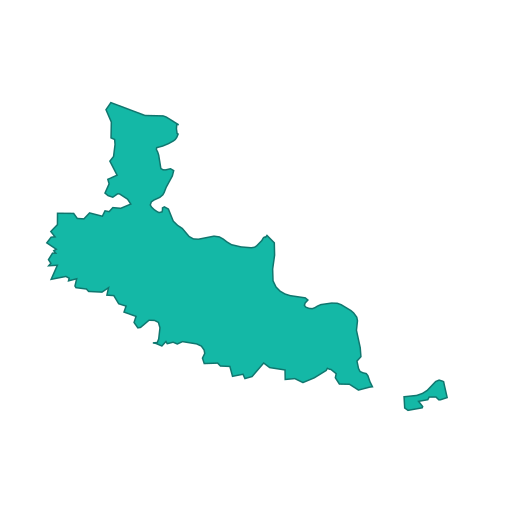 SVG path tracing the border of Hainaut, rotated 188°
{"feature_id": "BEL-2", "entity_name": "Hainaut", "entity_type": "Province", "adm_level": 1, "iso_a3": "BEL", "parent_name": "Belgium", "parent_adm1": "", "projection": "equal_earth", "projection_center": [3.881, 50.373], "detail": "fine", "context": "isolated", "style": "filled", "palette": "teal", "viewbox_px": 512, "rotation_deg": 188, "n_neighbors": 0, "source": "natural_earth", "source_scale": "10m", "svg_char_len": 2886}
<svg xmlns="http://www.w3.org/2000/svg" viewBox="0 0 512 512"><g transform="rotate(188 256 256)"><path d="M168.9,220.5L164.8,219.6L154.5,215.2L151.4,213.2L147.7,209.4L146.5,206.0L146.2,196.4L140.0,179.6L138.1,170.9L141.4,166.0L138.8,158.8L136.9,156.1L133.8,155.2L130.5,154.9L128.6,153.1L125.7,147.4L122.5,142.7L125.4,141.9L135.9,137.5L145.6,142.0L155.6,140.8L160.5,146.5L160.2,150.6L166.0,154.1L167.4,154.1L169.7,154.7L170.6,152.4L181.3,143.5L191.9,137.2L200.5,140.0L209.9,137.8L211.4,147.2L226.9,147.4L233.5,151.1L243.1,136.1L249.9,133.1L252.4,137.1L262.5,133.6L266.5,143.0L275.9,142.1L279.1,144.6L292.3,142.3L294.8,147.4L293.2,152.4L294.3,155.7L297.6,159.2L302.6,160.7L316.9,161.0L321.7,157.9L326.1,159.1L331.7,156.8L333.3,158.8L336.7,153.8L343.0,155.5L346.0,155.6L341.7,156.6L340.8,160.4L341.1,171.5L343.4,176.7L347.5,178.1L353.0,177.5L360.4,169.2L363.0,168.4L367.5,173.2L366.4,179.5L378.9,182.1L377.7,188.3L385.3,189.6L391.3,197.0L398.2,196.5L397.6,204.1L403.5,198.8L416.8,197.6L419.3,199.7L429.9,199.6L431.1,201.1L430.4,208.5L438.2,205.3L437.9,208.0L441.4,209.3L455.6,204.4L451.4,219.2L459.9,217.5L458.1,220.2L461.0,223.5L457.9,230.5L454.7,230.9L457.0,233.1L454.7,234.9L465.0,239.9L461.5,246.1L457.7,247.0L462.6,251.7L457.0,259.4L458.5,270.7L442.5,272.8L438.2,268.3L431.6,268.8L426.8,275.5L413.7,274.0L411.8,279.7L407.6,279.5L404.5,284.0L396.6,284.4L387.2,290.0L391.1,294.4L399.8,298.5L401.6,298.4L406.0,294.3L410.9,295.2L414.3,297.3L411.5,307.0L413.4,311.3L404.8,316.7L413.9,329.6L410.9,334.7L411.1,346.8L412.2,351.7L416.0,352.8L417.9,368.5L424.9,380.0L421.7,386.4L421.1,387.7L385.5,379.7L370.9,381.4L367.4,381.8L364.2,381.1L350.9,375.2L351.1,375.2L352.8,375.3L352.5,370.9L351.2,366.3L350.1,365.9L351.0,362.4L352.2,360.1L353.9,358.4L358.3,355.1L363.7,351.9L369.4,349.5L369.5,347.6L367.8,345.2L366.4,342.3L362.4,329.4L360.0,328.4L357.5,328.7L352.8,330.5L349.4,329.1L350.0,323.6L354.5,311.6L355.8,306.1L356.8,303.6L359.4,300.7L364.9,297.2L367.2,295.0L367.8,291.8L366.3,289.9L363.4,287.8L360.2,286.2L358.1,285.5L355.2,286.6L355.0,288.5L355.3,290.6L353.6,291.9L349.3,290.3L342.8,279.0L337.9,275.4L332.8,273.0L325.0,266.0L320.4,264.2L315.4,264.6L300.4,269.8L295.0,269.8L290.8,268.2L286.8,265.9L281.9,263.8L272.1,262.9L261.8,263.5L258.6,264.5L256.7,266.2L252.4,272.1L251.4,274.6L250.8,275.5L249.7,276.1L249.3,275.8L249.0,276.0L248.0,277.9L239.7,271.6L237.7,259.4L237.7,245.4L235.7,233.8L231.9,228.1L227.2,224.5L222.0,222.4L216.7,221.5L201.4,221.4L198.5,219.6L200.8,216.3L201.2,213.9L199.7,212.3L196.3,211.5L192.9,211.7L190.5,213.0L188.2,214.9L185.0,216.9L174.6,219.9L168.9,220.5ZM57.4,158.6L53.8,158.0L52.7,157.6L51.7,154.8L47.0,142.4L53.3,139.3L54.9,139.0L58.2,141.4L64.9,140.4L65.9,137.6L74.8,134.7L70.0,130.1L70.3,128.8L84.0,124.3L87.6,126.2L89.6,136.2L89.8,137.2L77.4,140.3L72.0,143.1L67.7,146.8L60.6,156.7L57.4,158.6Z" fill="#14b8a6" stroke="#0f766e" stroke-width="1.5"/></g></svg>